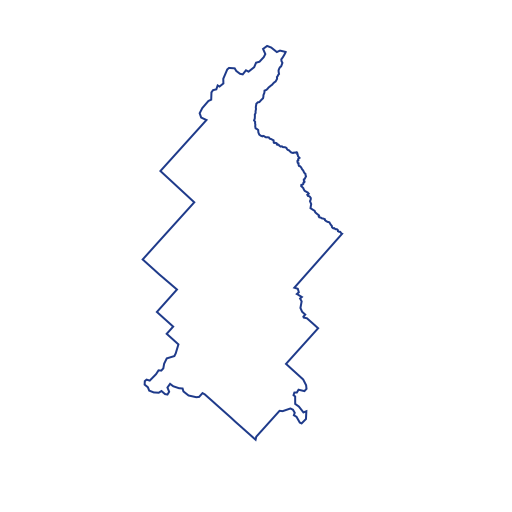 Lewis and Clark, Montana, United States of America (Natural Earth projection), rotated 42°
{"feature_id": "52423323B49943042609192", "entity_name": "Lewis and Clark", "entity_type": "district", "adm_level": 2, "iso_a3": "USA", "parent_name": "United States of America", "parent_adm1": "Montana", "projection": "natural_earth1", "projection_center": [-112.477, 47.184], "detail": "fine", "context": "isolated", "style": "outline", "palette": "blue", "viewbox_px": 512, "rotation_deg": 42, "n_neighbors": 0, "source": "geoboundaries", "source_scale": "gbopen_adm2", "svg_char_len": 3797}
<svg xmlns="http://www.w3.org/2000/svg" viewBox="0 0 512 512"><g transform="rotate(42 256 256)"><path d="M113.4,164.2L118.1,169.8L116.9,172.6L117.1,182.0L118.6,187.6L122.6,189.8L128.2,188.1L128.1,256.8L174.2,257.4L174.1,310.4L174.1,334.4L196.5,334.4L219.7,333.8L219.8,363.9L241.7,363.9L241.7,373.6L257.5,373.6L261.5,382.1L262.3,385.0L258.2,391.8L259.8,397.5L262.3,401.5L262.3,404.5L260.1,406.2L260.8,410.7L260.4,419.7L257.4,421.1L257.1,423.4L259.3,426.1L263.5,425.9L266.7,427.5L271.3,425.8L275.2,422.7L276.1,419.6L280.8,419.5L282.9,418.2L282.3,415.0L278.2,413.0L277.7,408.5L281.6,408.2L287.2,405.8L290.1,403.6L292.7,405.2L299.2,404.8L306.1,400.9L308.0,398.8L308.0,393.7L310.5,393.1L345.9,392.9L351.1,393.0L378.6,392.8L377.1,390.1L377.1,355.3L379.6,353.5L383.6,346.3L386.3,345.5L389.7,346.6L390.7,349.0L393.7,348.4L400.0,350.5L401.9,349.9L402.2,343.7L397.3,337.7L395.9,340.5L388.6,339.2L384.1,339.7L379.1,334.2L377.0,334.3L375.9,331.8L377.7,330.1L377.1,326.9L382.4,324.0L382.4,320.9L379.7,318.5L373.7,316.2L350.5,316.1L350.5,268.1L335.5,268.2L332.7,269.8L331.8,269.4L331.8,266.6L327.6,266.6L323.8,264.9L320.3,259.2L317.2,258.1L317.5,255.8L311.8,256.9L312.1,254.3L309.0,252.4L305.7,253.9L305.1,181.9L304.4,182.1L302.4,181.7L301.6,182.4L300.3,182.7L299.6,182.0L298.1,182.0L297.1,182.9L295.4,183.0L295.0,183.7L294.1,183.8L293.1,183.7L292.2,182.9L290.5,182.7L288.9,182.2L288.1,181.9L287.2,182.2L286.5,182.7L284.9,183.1L283.3,183.2L282.6,182.6L281.1,183.1L279.9,183.9L278.2,184.2L277.2,184.9L276.2,184.7L275.7,183.7L274.1,183.8L272.6,183.9L270.8,183.9L269.4,183.2L267.2,183.6L265.9,183.8L264.5,184.0L264.0,183.2L263.2,182.0L262.3,180.5L260.6,179.7L259.4,179.1L258.9,177.5L258.0,176.3L256.3,175.9L255.2,176.1L254.4,176.6L253.2,176.2L253.4,175.3L253.5,174.4L252.0,174.2L250.8,174.5L248.6,175.0L247.1,174.6L245.7,173.9L243.8,173.8L242.8,173.8L242.1,172.8L242.7,172.1L243.0,171.0L242.2,169.8L242.6,168.9L242.1,168.1L241.4,168.2L240.3,167.1L240.6,165.9L240.2,164.8L239.9,163.4L238.4,162.5L237.8,161.9L236.5,161.9L235.2,161.5L233.9,160.9L232.2,160.7L230.4,160.0L228.7,159.8L227.8,160.3L226.6,159.8L226.2,159.3L225.6,158.6L224.8,158.9L224.1,158.5L223.2,157.7L223.5,156.7L222.5,155.9L222.6,154.7L222.7,154.0L221.3,153.9L220.4,153.7L219.2,152.8L218.7,152.8L218.3,152.6L218.1,152.0L217.1,151.6L216.5,151.9L216.1,152.9L215.0,153.7L214.8,154.4L214.2,154.9L212.9,155.5L211.2,155.5L209.8,155.4L208.5,155.9L207.5,155.8L206.2,155.3L204.7,155.8L203.9,156.5L203.1,157.1L201.8,157.2L201.1,158.2L199.5,158.4L198.6,158.2L197.6,158.4L197.6,158.9L196.9,159.2L196.3,158.6L195.8,158.4L195.3,158.6L194.5,159.1L194.3,159.5L193.6,159.9L192.8,159.5L192.3,158.8L191.6,158.3L190.6,158.6L189.2,158.9L187.7,159.6L186.2,159.3L184.9,160.2L184.1,161.1L182.5,161.5L181.7,161.6L180.9,162.0L180.7,162.8L179.1,163.4L177.2,163.6L175.1,162.6L173.3,160.9L171.9,161.0L170.3,161.4L168.8,160.3L167.6,158.8L166.5,158.0L165.6,156.9L163.8,156.5L163.2,154.8L161.7,152.9L160.5,151.7L160.0,150.0L158.8,148.7L157.6,146.7L156.6,145.9L155.7,144.7L155.0,143.5L154.4,142.7L154.5,140.6L155.5,139.4L155.5,136.9L155.6,135.2L155.7,134.1L154.9,132.7L153.9,131.5L153.0,129.1L151.7,127.4L152.6,125.5L152.7,123.9L152.6,122.3L152.9,120.7L153.0,119.7L153.4,117.8L153.3,116.6L153.4,114.8L153.8,113.2L153.4,111.5L153.1,110.2L151.8,109.0L151.8,108.0L151.4,107.0L151.3,105.3L149.7,104.1L148.6,103.0L148.1,101.9L147.5,99.8L147.8,98.3L147.3,97.0L146.4,94.8L144.5,94.1L143.2,92.9L143.0,90.6L142.3,87.1L141.7,84.8L141.5,84.5L136.4,87.3L135.0,90.5L127.8,90.9L123.7,92.5L122.7,97.4L127.8,99.7L128.7,103.0L128.6,109.3L126.7,112.3L128.3,116.9L127.1,124.0L124.3,124.7L124.6,129.9L122.2,131.3L117.5,131.7L114.6,130.8L110.1,134.3L109.8,136.6L113.1,146.2L116.3,149.6L115.5,154.5L113.4,154.9L115.0,158.7L113.1,161.5L113.4,164.2Z" fill="none" stroke="#1e3a8a" stroke-width="2"/></g></svg>